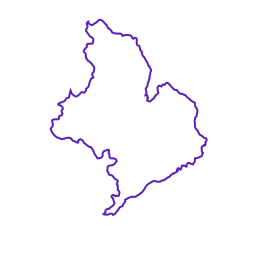 Almenara, Minas Gerais, Brazil (Albers equal-area conic projection), rotated 23°
{"feature_id": "56859067B83482987802169", "entity_name": "Almenara", "entity_type": "district", "adm_level": 2, "iso_a3": "BRA", "parent_name": "Brazil", "parent_adm1": "Minas Gerais", "projection": "albers", "projection_center": [-40.737, -16.13], "detail": "fine", "context": "isolated", "style": "outline", "palette": "violet", "viewbox_px": 256, "rotation_deg": 23, "n_neighbors": 0, "source": "geoboundaries", "source_scale": "gbopen_adm2", "svg_char_len": 5784}
<svg xmlns="http://www.w3.org/2000/svg" viewBox="0 0 256 256"><g transform="rotate(23 128 128)"><path d="M124.0,63.0L122.9,63.0L119.8,59.9L118.1,58.8L116.7,57.6L114.4,56.0L113.4,55.8L111.3,53.6L111.4,52.8L110.1,51.8L109.0,51.6L106.4,48.0L105.3,48.2L104.3,48.1L103.7,47.6L103.0,46.9L102.6,46.0L102.2,44.8L101.4,42.8L100.4,42.1L99.2,42.2L98.6,43.1L97.9,43.8L96.6,43.3L95.9,42.4L94.8,42.0L93.7,41.8L90.5,42.8L88.1,44.2L87.3,45.2L86.4,45.1L85.7,44.4L84.9,44.0L83.9,44.1L81.7,45.2L79.5,45.7L78.3,46.2L77.1,46.3L76.3,46.2L75.5,45.8L74.6,45.0L73.7,44.7L73.0,44.2L70.2,43.6L68.7,42.0L67.6,41.4L65.4,40.6L64.2,39.9L61.7,39.1L60.8,39.2L60.0,39.3L59.1,39.8L57.9,42.8L56.4,44.8L55.4,46.5L54.6,47.4L53.3,47.5L51.3,47.2L50.5,46.6L49.9,45.6L49.2,46.7L49.2,47.9L49.7,48.7L51.0,50.2L51.4,51.5L50.9,53.6L51.3,54.8L53.2,56.1L54.4,56.8L56.1,57.9L57.3,58.5L59.3,58.7L60.4,59.0L61.4,59.8L62.4,63.0L62.3,64.0L61.7,64.6L60.7,64.9L58.7,66.0L57.6,66.8L57.7,67.9L58.3,68.9L58.4,70.0L58.0,70.8L57.4,71.7L57.2,74.6L58.0,75.3L59.2,75.7L59.9,76.1L60.4,76.8L61.7,79.5L62.4,80.4L63.2,80.4L64.9,81.8L66.0,81.8L69.3,82.9L71.0,84.1L72.7,85.0L73.5,85.8L73.9,86.7L74.1,88.3L74.5,89.1L74.3,90.2L73.9,91.4L74.1,92.7L74.8,93.6L76.4,95.0L75.9,96.0L75.1,96.4L74.8,97.5L74.7,99.9L75.4,104.7L75.3,105.9L74.1,108.6L74.7,109.6L74.3,111.6L73.9,112.5L73.1,112.8L72.2,112.8L71.5,113.1L70.9,113.7L70.6,114.4L70.4,115.3L69.6,117.1L68.8,118.5L68.1,119.2L66.9,119.4L65.5,119.2L63.3,118.6L62.4,118.0L61.4,116.8L60.5,116.0L61.1,119.8L61.8,122.9L61.3,123.5L60.3,124.2L59.6,125.0L59.3,127.3L58.7,128.4L57.9,129.3L55.2,131.8L54.8,132.4L54.4,133.3L55.1,133.9L56.2,133.7L57.3,133.6L58.5,134.0L59.4,134.4L60.0,135.1L60.6,135.9L60.1,137.7L60.2,138.5L61.9,140.3L62.3,141.4L61.7,142.5L60.8,143.2L60.1,143.9L60.0,144.8L60.7,145.7L60.6,147.0L59.7,147.6L56.9,148.8L56.1,149.3L55.4,150.0L55.3,151.0L57.6,154.4L57.9,155.5L57.3,157.7L57.2,159.1L59.4,161.3L61.9,162.9L63.6,163.7L66.3,164.4L68.3,164.2L71.2,164.2L72.2,163.7L75.7,160.9L77.1,160.1L79.0,159.9L79.9,160.0L81.6,161.0L82.5,161.3L83.7,161.0L86.0,161.4L87.6,161.1L87.8,160.1L87.1,159.2L87.3,158.4L87.7,157.7L88.5,157.0L89.7,156.9L91.5,157.4L92.2,158.1L93.7,159.1L95.2,159.3L97.8,160.1L99.0,160.4L100.2,160.4L101.4,160.1L102.2,160.4L102.7,161.0L103.7,161.5L105.4,163.0L106.3,163.7L107.1,164.7L110.6,167.0L111.1,167.6L112.2,167.7L113.2,167.2L114.8,166.0L115.3,164.8L115.6,163.5L114.6,161.6L114.5,160.4L114.7,159.2L115.4,158.2L117.1,156.8L117.8,155.8L118.6,155.6L119.4,156.2L119.6,157.4L120.0,158.5L121.3,159.9L122.5,162.1L123.3,162.5L124.6,162.5L126.8,161.5L127.8,161.4L128.8,161.6L129.5,161.9L130.3,162.5L130.6,163.3L129.8,165.2L129.7,166.1L129.3,167.0L128.8,167.8L128.0,168.4L125.5,169.9L124.7,170.7L124.5,172.0L125.2,174.0L125.5,175.1L125.9,175.9L127.6,177.0L128.3,177.9L129.1,178.4L131.2,177.9L132.2,178.0L133.1,178.5L134.2,178.9L135.2,179.7L138.7,180.4L139.4,180.8L139.5,181.7L139.5,183.6L140.0,184.5L140.9,184.8L141.2,185.8L142.2,187.3L142.5,188.4L143.0,189.2L144.1,189.5L144.9,190.1L145.5,191.1L145.7,192.1L145.9,193.4L145.7,194.3L143.9,194.8L143.3,195.4L142.5,195.7L141.7,195.2L140.9,195.3L140.0,195.9L139.4,197.2L140.0,198.1L141.2,198.3L142.5,199.7L143.7,201.2L144.7,201.9L145.0,203.8L144.1,206.2L143.0,207.6L142.5,208.6L142.2,209.9L141.2,210.2L140.3,211.1L139.7,212.2L139.6,213.3L140.2,214.3L139.9,215.2L139.1,216.7L140.0,216.9L142.4,216.0L143.3,215.6L145.6,213.5L146.5,213.3L147.4,213.3L148.3,213.8L149.0,213.0L149.5,212.3L149.9,211.3L150.4,208.3L150.9,207.5L151.2,204.9L151.7,203.8L153.5,202.0L153.4,200.2L153.6,199.3L154.0,198.1L154.1,196.5L153.4,195.5L153.8,194.5L154.7,193.8L155.3,192.8L157.8,190.1L158.7,189.8L159.3,189.4L160.4,189.0L162.1,188.1L162.5,187.0L164.0,185.4L165.1,183.1L166.1,181.5L166.9,178.2L167.0,176.9L167.4,174.2L168.1,172.3L171.5,167.6L172.9,166.4L174.3,166.2L175.4,166.2L176.7,165.7L177.7,165.1L178.5,164.9L179.6,163.2L180.9,162.2L181.9,161.8L182.4,160.3L183.2,159.5L183.9,157.9L184.8,157.2L185.4,156.1L185.7,155.0L186.2,154.0L186.9,153.1L187.2,152.2L188.0,151.9L189.0,150.6L189.7,149.9L190.2,149.0L190.5,147.9L189.5,147.7L189.5,146.9L190.1,146.5L189.7,145.8L190.3,145.2L191.5,145.7L192.7,145.8L192.7,143.5L192.4,142.5L192.6,141.2L193.9,141.1L194.9,140.4L196.1,141.0L197.0,140.6L196.6,139.6L196.5,138.5L196.6,137.6L197.1,136.7L197.8,136.1L198.9,136.4L200.0,136.4L201.0,136.1L201.9,136.2L202.5,133.3L202.3,131.7L201.5,129.8L202.3,129.3L203.4,128.7L205.2,126.8L206.5,125.6L206.8,124.8L206.8,121.7L205.6,121.3L205.0,120.5L204.0,118.4L203.5,117.7L203.4,116.8L203.6,116.0L204.2,115.2L204.4,114.2L205.5,114.2L205.9,113.4L205.5,112.5L205.3,111.5L204.8,110.7L205.2,108.7L204.8,107.7L204.0,107.0L202.9,107.3L201.7,107.4L199.7,106.4L196.9,106.2L194.6,104.6L193.8,103.6L191.5,102.6L189.5,101.2L188.2,98.7L188.0,97.7L186.8,96.1L186.4,95.1L186.2,93.6L185.8,92.8L185.9,91.8L186.4,90.8L186.4,89.6L185.8,87.7L185.9,86.8L185.5,85.7L184.9,84.5L183.1,82.7L182.0,82.3L181.3,81.6L179.7,78.6L175.4,78.2L174.5,77.9L173.7,77.4L172.8,77.1L170.9,76.7L169.9,76.4L168.0,75.4L166.8,75.4L164.4,75.6L163.2,75.9L162.0,75.9L161.0,75.6L159.9,75.0L158.9,74.6L158.2,74.0L155.6,74.6L154.6,74.3L153.5,73.7L150.9,72.7L149.3,71.8L147.4,71.1L146.5,71.0L145.6,71.6L145.1,73.4L144.3,74.2L143.3,74.3L142.8,74.9L142.6,76.7L140.7,76.8L139.9,77.2L139.5,78.1L139.4,79.2L140.3,81.2L141.4,82.8L142.1,83.4L142.2,84.3L141.2,86.2L140.2,88.6L140.6,89.9L140.1,90.8L139.6,91.5L138.2,94.4L137.7,95.1L135.9,95.4L135.0,95.3L134.6,94.5L134.8,93.3L134.6,92.4L133.6,92.1L133.7,91.3L132.9,90.4L132.0,90.4L131.3,91.0L131.2,90.2L131.5,89.0L131.0,87.8L129.9,86.3L129.2,85.6L129.0,84.8L129.4,82.4L129.4,81.3L128.8,79.3L128.7,78.2L128.8,76.8L128.3,75.4L128.6,74.3L128.4,73.5L127.8,72.7L127.5,70.1L127.1,69.0L126.8,67.7L126.9,66.6L126.7,65.7L125.9,64.9L124.7,64.1L124.0,63.0Z" fill="none" stroke="#5b21b6" stroke-width="2"/></g></svg>